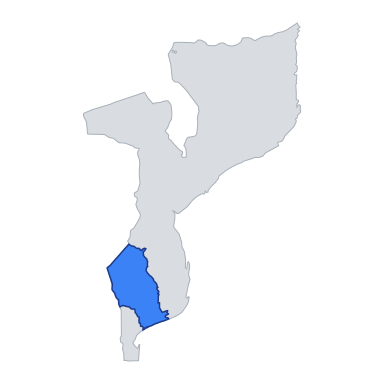 Mozambique, with Gaza highlighted
{"feature_id": "MOZ-1207", "entity_name": "Gaza", "entity_type": "Province", "adm_level": 1, "iso_a3": "MOZ", "parent_name": "Mozambique", "parent_adm1": "", "projection": "albers", "projection_center": [33.324, -23.335], "detail": "fine", "context": "in_parent", "style": "filled", "palette": "blue", "viewbox_px": 384, "rotation_deg": 0, "n_neighbors": 0, "source": "natural_earth", "source_scale": "10m", "svg_char_len": 8472}
<svg xmlns="http://www.w3.org/2000/svg" viewBox="0 0 384 384"><path d="M107.2,267.7L109.9,265.5L128.1,245.2L129.2,244.4L127.7,241.0L130.1,237.1L130.4,231.0L131.1,230.0L133.9,228.0L137.7,221.7L140.1,216.8L140.4,214.5L136.9,207.9L135.9,204.4L136.9,201.3L137.3,198.4L136.8,197.5L134.6,196.3L134.3,195.0L134.3,193.5L134.7,192.7L137.3,191.3L137.9,190.6L140.1,182.9L139.3,177.1L139.3,170.5L139.8,163.6L139.5,159.7L137.8,155.3L137.6,152.1L138.9,149.8L139.1,148.5L134.9,147.8L132.8,146.0L124.8,143.1L118.7,142.7L113.5,138.3L109.5,137.6L104.3,134.5L88.1,134.1L87.5,133.8L86.7,124.0L86.0,120.8L84.0,117.3L83.4,114.9L83.5,113.4L92.4,109.6L110.1,104.3L114.0,102.6L144.2,92.4L145.0,93.0L148.0,98.1L153.1,103.9L154.3,103.1L161.6,102.2L162.6,101.5L164.8,101.0L167.4,100.7L168.2,101.0L170.9,104.6L171.8,111.4L171.8,115.9L171.5,119.2L169.3,122.9L167.7,127.6L165.4,130.2L165.4,131.4L168.0,134.2L168.6,135.4L168.4,137.9L168.8,138.9L171.1,140.4L172.8,142.8L179.2,149.7L180.8,150.9L182.1,151.2L182.7,152.6L182.4,154.2L181.3,155.0L181.7,156.3L182.9,157.4L185.9,157.2L186.3,156.8L186.2,150.7L185.2,147.2L183.9,145.6L186.5,139.1L187.9,137.3L192.8,136.6L195.0,136.0L196.0,135.3L196.8,133.2L197.4,127.4L197.8,122.0L197.3,118.8L198.1,114.0L199.2,111.1L198.7,110.5L198.4,106.5L186.3,90.3L179.4,83.1L178.2,82.3L174.3,81.7L172.3,79.0L170.8,64.7L168.2,54.3L172.4,47.6L173.8,43.2L174.6,42.5L178.1,42.3L190.5,42.6L193.6,43.0L195.0,42.6L198.2,40.0L200.9,40.1L204.4,41.9L206.3,43.4L206.6,44.7L209.0,45.5L213.5,45.8L216.7,45.2L218.8,43.7L220.9,43.0L223.2,42.9L224.8,43.5L225.9,44.6L228.1,45.5L231.3,46.1L234.9,45.5L238.8,43.6L241.0,41.7L242.3,38.3L243.0,37.9L248.4,37.7L251.3,38.5L254.9,40.7L261.4,37.2L265.5,36.1L269.4,36.2L272.6,35.4L275.1,33.7L277.8,32.7L283.1,31.6L286.8,29.9L297.2,23.0L298.2,25.2L300.1,27.2L297.4,29.2L299.6,30.7L297.8,32.6L297.5,34.0L298.3,35.4L297.0,37.7L295.5,39.4L295.0,40.8L296.2,43.2L295.3,47.5L297.0,54.7L296.3,57.0L296.5,62.7L295.6,64.7L296.8,65.5L297.4,67.7L296.6,71.6L294.4,73.1L294.1,74.8L296.8,74.9L296.6,79.8L296.1,81.3L296.7,83.0L295.8,84.8L296.3,92.7L296.2,98.5L296.3,99.4L298.5,100.5L298.4,102.0L296.8,104.0L296.8,107.1L298.5,104.8L299.5,104.8L300.4,105.8L300.2,109.3L300.6,111.0L300.4,112.5L297.5,115.3L297.2,118.1L296.1,118.4L295.6,119.0L296.2,120.7L296.1,122.1L294.0,126.4L284.4,136.5L284.1,138.2L281.6,141.5L279.1,141.9L277.6,142.7L278.6,145.7L266.1,152.6L264.8,153.6L262.8,156.2L258.7,157.5L254.4,157.5L253.6,158.1L243.6,161.2L241.6,162.7L237.4,164.1L230.7,167.6L225.3,171.0L219.0,176.1L218.1,178.9L215.2,182.6L210.8,186.9L208.2,190.5L208.0,192.1L206.4,192.5L205.2,191.0L204.6,193.9L203.5,194.1L202.4,193.5L196.9,196.5L192.8,200.0L187.1,206.8L178.7,213.4L176.9,213.5L174.3,211.2L172.9,211.0L174.9,213.6L174.8,219.2L173.7,225.7L173.8,227.2L179.2,234.2L181.7,242.4L181.9,246.6L184.5,252.0L185.6,260.1L185.3,267.6L186.5,268.8L187.0,267.8L187.3,263.1L188.1,261.8L188.8,262.0L189.5,264.6L189.7,267.3L188.6,273.1L188.8,275.5L190.1,279.6L188.5,284.2L185.9,297.0L186.4,297.8L187.6,298.1L188.1,296.7L188.8,296.8L189.2,297.6L188.1,302.6L187.1,304.8L183.5,310.2L181.6,312.5L178.4,314.8L171.1,318.3L156.4,323.4L147.1,327.4L139.8,332.2L136.6,335.4L135.3,339.1L132.8,343.0L135.0,346.2L137.7,348.5L139.0,344.7L139.7,344.6L138.5,360.7L128.5,361.0L125.6,360.4L124.0,360.5L123.8,353.8L122.5,348.9L123.0,345.3L122.9,343.4L120.7,342.1L120.2,338.3L121.4,335.3L121.2,310.7L117.5,298.9L112.5,290.3L112.2,286.1L109.9,276.6L107.2,267.7ZM175.0,53.4L176.3,52.8L176.6,51.6L175.7,51.1L175.0,51.2L174.6,53.1L175.0,53.4ZM174.2,51.3L173.1,50.4L172.3,50.6L172.1,51.4L172.9,52.3L173.7,52.4L174.2,51.3Z" fill="#d9dde1" stroke="#a8b0b8" stroke-width="1"/><path d="M129.6,244.7L130.4,245.3L131.5,246.0L131.8,246.2L133.0,246.1L133.4,246.2L134.2,246.5L136.4,248.2L136.7,248.3L137.0,248.4L137.4,248.4L138.5,248.3L138.8,248.3L139.1,248.4L139.4,248.6L139.7,248.9L139.9,249.2L139.9,249.8L140.1,250.0L140.4,250.0L140.8,250.0L141.0,250.2L141.4,250.5L141.7,250.6L141.9,250.2L142.0,249.9L142.3,249.5L142.7,249.1L143.1,248.9L144.3,248.3L144.6,248.3L145.1,248.4L145.8,248.7L145.6,249.1L145.6,249.3L145.5,249.5L144.9,250.2L144.6,250.8L144.4,250.9L144.3,251.1L144.0,251.4L143.6,251.8L143.5,252.1L143.4,252.2L143.3,252.4L143.3,252.5L143.2,252.6L143.2,252.8L143.2,253.0L143.5,254.1L143.5,254.3L143.5,254.5L143.4,254.7L143.4,254.9L143.4,255.2L143.4,255.3L143.5,255.5L145.5,258.0L146.8,259.0L146.9,259.7L146.9,260.0L147.0,260.4L147.6,261.3L147.6,261.6L147.6,262.2L147.3,263.6L147.4,264.2L147.4,264.6L147.4,265.0L147.4,265.3L147.6,266.1L147.7,266.5L147.6,266.8L147.4,266.9L146.9,267.1L146.7,267.2L146.6,267.3L146.6,267.5L146.5,268.3L146.3,269.0L146.1,270.2L146.1,270.3L146.1,270.5L146.4,271.2L147.6,273.1L147.8,273.3L148.0,273.5L148.5,274.0L148.6,274.3L149.0,274.8L149.4,275.2L149.9,275.6L150.1,275.7L150.2,275.8L150.7,276.2L151.0,276.4L151.2,276.5L151.3,276.7L151.4,276.9L151.6,277.0L152.1,277.4L152.2,277.5L152.5,277.9L152.8,278.4L153.5,279.4L153.6,279.8L153.6,280.2L153.6,280.6L153.8,280.8L154.0,281.0L154.3,281.3L154.5,281.5L154.9,282.0L155.1,282.1L155.3,282.2L155.4,282.3L155.6,282.6L155.9,282.8L156.0,283.0L156.4,283.8L156.5,283.9L156.7,284.1L156.7,284.3L156.7,284.7L156.8,284.8L156.8,285.0L157.1,285.5L157.2,285.9L157.2,286.5L157.3,286.8L157.5,287.0L157.8,287.2L157.9,287.3L157.9,287.5L157.7,287.6L157.2,287.8L156.9,287.8L156.7,288.0L156.8,288.4L156.8,288.5L157.0,288.9L157.0,289.1L157.0,289.3L157.3,289.6L157.4,289.9L157.5,290.2L157.5,290.3L157.6,290.5L157.8,290.5L158.2,290.6L158.3,290.6L158.4,290.8L158.7,291.3L158.7,291.6L158.5,291.8L158.5,292.1L158.7,292.3L158.7,292.5L158.4,292.7L158.3,292.8L158.2,293.0L158.0,293.3L157.7,293.6L157.6,293.8L157.7,294.0L157.8,294.0L158.0,294.0L158.2,293.9L158.3,293.8L158.5,293.8L158.9,294.5L158.9,294.8L158.7,295.1L158.6,295.4L158.6,295.5L158.4,295.8L158.3,296.5L158.3,296.8L158.3,297.2L158.2,297.4L158.2,297.5L158.3,298.1L158.3,298.3L158.3,298.5L158.2,298.6L158.3,300.1L158.3,300.5L158.3,300.9L158.2,301.0L158.1,301.3L158.0,301.5L158.0,301.8L158.1,302.4L158.2,302.6L158.2,302.8L158.4,302.7L158.5,302.6L158.8,302.6L159.0,302.7L159.1,302.8L159.4,302.8L159.5,302.8L159.5,307.3L159.6,307.6L159.6,308.0L162.0,312.1L162.2,312.3L163.0,312.0L163.8,311.9L164.1,311.8L164.3,311.7L164.5,311.5L164.8,311.5L164.9,311.4L165.0,311.4L165.3,311.2L165.5,311.2L165.8,311.1L166.1,311.0L166.3,310.9L166.6,310.9L166.8,310.9L167.4,310.6L167.5,310.6L167.7,310.8L167.6,311.1L167.0,311.7L166.9,311.9L166.8,312.1L166.9,312.4L168.4,313.9L168.4,314.1L165.6,315.6L165.4,315.7L165.2,315.9L165.2,316.2L165.3,316.5L165.3,316.8L165.4,317.1L165.5,317.3L165.7,317.5L166.0,317.6L167.5,317.6L168.1,317.9L168.7,318.9L166.2,320.0L165.7,320.1L163.6,321.0L162.5,321.1L158.3,322.7L154.4,324.1L151.6,325.6L149.3,326.4L146.6,327.9L145.8,328.1L146.1,327.9L146.4,327.6L146.7,327.4L146.8,327.1L146.6,327.2L145.8,327.6L145.6,327.8L145.4,328.0L144.9,328.0L144.6,328.1L144.7,328.6L144.8,328.5L145.1,328.4L144.8,328.9L144.4,329.2L143.4,329.6L143.0,329.9L143.0,328.9L143.1,328.5L143.2,328.0L143.2,327.9L143.1,327.5L143.1,327.4L143.0,327.2L142.8,326.9L142.6,326.7L142.4,326.5L142.0,326.4L140.7,326.3L140.6,326.2L140.5,325.9L140.5,325.7L140.6,325.4L140.5,324.7L140.5,324.3L140.5,324.1L140.5,323.9L140.5,323.6L140.4,323.4L140.0,323.1L139.8,323.1L139.4,323.1L139.2,322.9L139.1,322.7L139.0,320.5L139.0,320.4L139.2,320.2L139.3,320.1L139.3,319.9L139.2,319.7L139.0,319.4L139.0,319.1L139.0,318.8L139.3,317.6L139.3,317.4L139.1,317.2L138.2,316.8L137.9,316.6L137.6,316.4L137.5,316.2L137.4,316.1L137.3,315.6L137.2,315.4L137.1,315.2L135.9,313.3L135.2,312.5L135.2,312.4L135.1,312.2L135.0,310.1L135.0,309.8L135.0,309.7L134.9,309.6L134.8,309.4L134.6,309.3L134.2,309.2L133.9,309.0L133.8,308.9L133.6,308.9L133.1,309.0L132.6,309.1L132.4,309.2L132.2,309.2L131.7,309.0L131.2,308.7L130.6,308.4L129.5,307.2L129.3,307.1L129.2,307.0L128.9,306.8L126.6,306.5L126.1,306.3L125.4,306.2L125.0,306.0L124.9,306.0L124.7,305.8L123.6,305.7L123.1,305.5L122.9,305.5L122.7,305.5L120.3,306.7L120.0,306.9L118.9,304.5L118.7,303.6L118.6,300.0L118.5,299.6L118.2,299.4L117.0,298.5L116.6,298.1L116.3,297.7L115.5,295.9L114.8,293.3L114.4,292.5L112.5,290.5L112.2,289.8L112.0,288.9L112.4,284.1L112.2,283.5L110.9,279.4L110.0,276.9L109.0,273.8L108.0,270.7L107.1,268.0L107.3,267.6L108.8,266.5L110.0,265.6L111.0,264.5L112.0,263.3L113.0,262.2L114.0,261.0L116.0,258.7L117.1,257.6L118.1,256.4L119.1,255.3L121.1,253.0L122.1,251.8L123.1,250.7L124.1,249.5L125.1,248.4L126.2,247.2L127.2,246.1L128.1,245.0L128.8,244.2L129.6,244.7Z" fill="#3b82f6" stroke="#1e3a8a" stroke-width="1.5"/></svg>